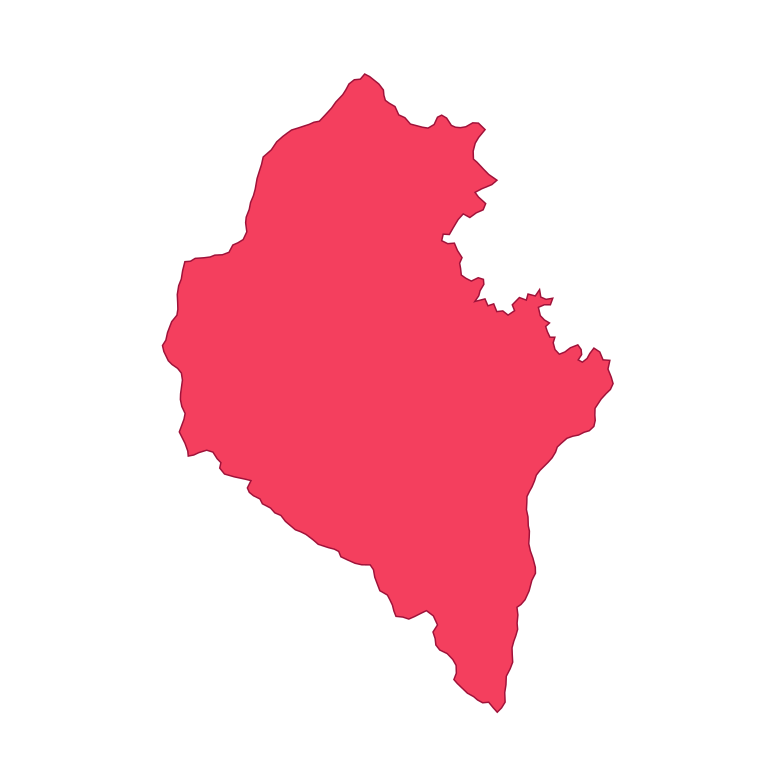 the district of Luís Antônio, São Paulo, Brazil, rotated 191°
{"feature_id": "56859067B15496650463399", "entity_name": "Luís Antônio", "entity_type": "district", "adm_level": 2, "iso_a3": "BRA", "parent_name": "Brazil", "parent_adm1": "São Paulo", "projection": "robinson", "projection_center": [-47.801, -21.547], "detail": "fine", "context": "isolated", "style": "filled", "palette": "rose", "viewbox_px": 768, "rotation_deg": 191, "n_neighbors": 0, "source": "geoboundaries", "source_scale": "gbopen_adm2", "svg_char_len": 3677}
<svg xmlns="http://www.w3.org/2000/svg" viewBox="0 0 768 768"><g transform="rotate(191 384 384)"><path d="M210.2,83.4L206.8,88.5L204.4,94.8L206.6,104.1L206.9,112.0L208.2,120.4L205.8,128.6L204.6,135.5L206.5,143.0L208.0,149.5L207.5,156.4L206.6,161.9L206.0,168.7L207.7,174.6L208.5,182.8L210.9,190.2L207.5,193.7L204.4,199.1L202.1,208.5L201.4,219.5L199.2,227.1L200.5,233.0L204.6,241.5L208.5,248.1L211.4,254.8L212.2,261.1L213.2,267.4L215.3,272.3L217.3,281.0L220.2,287.8L221.2,294.9L222.2,300.8L220.7,306.4L219.1,311.3L217.8,317.5L217.1,323.6L214.4,329.0L208.0,338.4L204.9,343.6L202.6,349.9L201.9,355.2L198.8,359.5L194.1,365.6L188.7,368.8L183.3,371.0L178.4,374.8L173.6,377.3L169.9,382.4L169.7,388.5L171.1,393.7L172.2,400.4L168.0,410.6L164.1,417.0L160.7,421.9L159.2,428.1L162.2,434.0L167.0,441.4L166.8,450.3L173.6,449.5L178.3,456.6L184.8,459.3L187.8,453.2L189.5,447.8L193.4,443.3L198.0,444.7L195.6,450.6L197.1,455.5L201.2,459.4L207.9,455.2L212.6,449.9L217.6,446.7L222.7,450.4L225.8,456.8L225.2,462.5L230.0,461.6L233.6,466.5L236.3,471.3L233.2,475.5L238.8,477.5L243.6,480.9L247.1,488.7L241.7,492.4L235.8,493.5L234.7,500.4L241.1,498.0L246.7,499.3L249.3,506.3L252.3,499.3L259.8,499.8L260.3,493.5L267.6,494.7L273.2,486.2L269.8,480.9L275.4,475.3L281.3,478.4L287.1,476.6L291.6,483.6L296.9,480.6L301.1,486.8L310.6,482.3L307.8,488.7L307.5,493.9L305.0,500.9L306.4,505.7L311.8,506.3L317.9,501.7L323.8,503.4L328.9,505.7L330.9,512.1L332.8,517.0L331.5,522.9L337.4,529.1L341.8,535.7L348.2,533.9L354.7,535.7L354.5,542.4L348.4,543.2L345.8,550.8L342.6,559.6L338.7,566.1L331.5,563.8L326.0,569.7L319.9,573.9L318.6,580.5L327.0,585.6L331.2,589.5L325.3,594.3L316.2,600.3L312.0,605.6L321.1,609.6L327.2,613.8L335.1,619.5L339.1,621.8L340.9,629.6L340.4,637.8L338.2,644.0L333.3,653.0L341.1,658.1L346.7,657.3L352.8,652.1L357.9,650.2L362.8,649.7L367.2,650.7L373.3,657.0L378.7,658.9L382.4,656.1L384.3,648.3L389.6,643.6L395.3,643.4L407.7,644.2L414.3,649.4L420.9,651.0L426.1,658.4L432.4,660.6L436.8,662.7L439.2,667.4L440.7,672.5L446.3,677.5L456.5,682.9L462.1,684.6L465.4,678.7L471.2,677.0L475.6,671.9L477.5,665.7L479.7,660.1L485.1,651.6L488.1,644.9L493.1,636.7L497.6,629.6L502.7,627.6L507.1,624.5L511.3,622.2L516.8,619.1L523.2,615.7L526.8,611.9L530.5,607.8L535.5,601.3L539.3,592.3L545.9,583.8L546.1,576.2L547.1,567.8L547.8,561.5L547.6,550.6L548.1,544.0L549.6,536.8L549.6,529.7L551.1,521.5L550.6,515.9L547.7,507.2L549.8,498.9L554.4,494.7L558.9,491.6L561.3,483.7L567.4,480.0L574.7,478.2L578.9,475.5L585.0,473.5L593.3,471.3L597.4,467.6L602.8,466.1L603.3,456.9L603.0,448.3L604.3,441.4L604.0,432.4L602.1,424.7L600.6,418.0L600.4,412.0L604.3,404.7L606.3,393.3L606.5,385.4L608.8,379.5L606.3,373.9L600.2,365.7L595.8,362.7L589.6,360.0L585.0,356.1L582.6,349.4L581.8,335.5L580.9,329.9L578.2,323.4L573.6,317.1L573.6,311.2L575.8,297.9L568.0,287.8L563.8,280.7L562.4,275.9L557.2,278.0L552.7,281.3L545.4,285.2L538.9,284.5L533.5,278.8L529.1,275.7L529.2,270.1L523.4,265.2L513.3,264.3L502.2,264.1L496.1,263.8L498.3,255.9L495.5,251.9L490.8,249.4L483.8,247.5L480.5,243.2L471.7,240.6L466.6,236.7L460.1,235.3L454.5,230.3L443.2,224.0L437.8,223.1L431.9,221.5L423.8,217.5L418.0,214.1L407.5,212.8L401.2,212.4L396.5,211.0L393.4,206.2L386.0,204.3L378.2,202.5L371.4,202.3L363.0,203.8L358.9,199.7L356.2,192.6L351.9,185.6L348.6,180.3L340.4,177.5L336.8,173.0L333.5,168.5L331.0,163.1L327.9,158.2L321.1,158.8L314.8,158.0L309.6,161.6L304.2,165.8L299.1,169.6L291.3,165.8L285.5,157.7L288.6,149.9L285.2,143.8L283.3,137.7L278.5,133.5L270.5,131.4L263.9,126.7L259.5,121.5L257.8,113.9L259.0,107.2L254.9,104.0L250.7,101.3L243.1,96.4L236.3,94.2L231.9,91.7L226.3,89.9L220.5,91.6L215.1,87.1L210.2,83.4Z" fill="#f43f5e" stroke="#9f1239" stroke-width="1.5"/></g></svg>